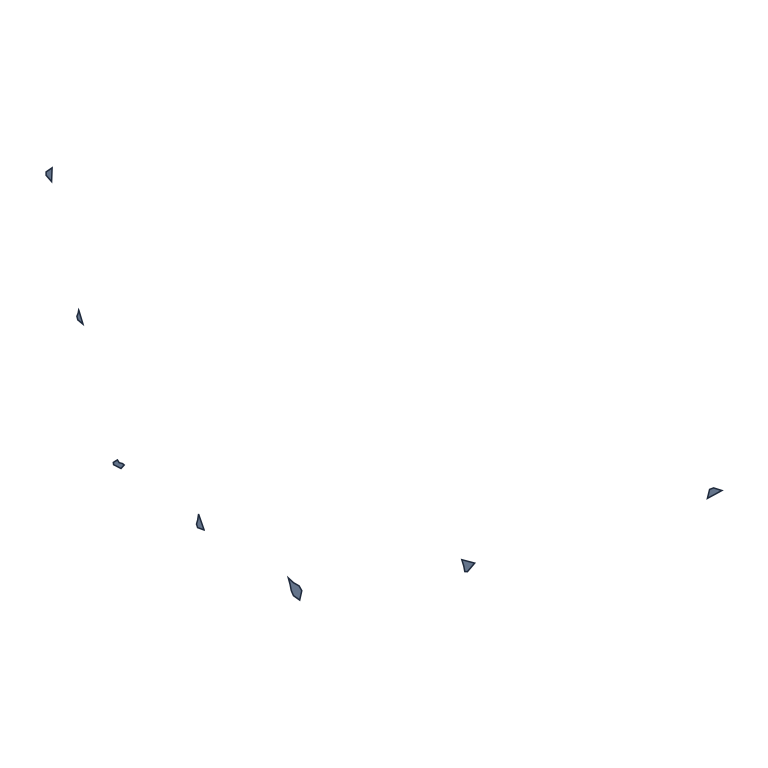 outline of Gaafu Dhaalu
{"feature_id": "MDV-5241", "entity_name": "Gaafu Dhaalu", "entity_type": "Atoll", "adm_level": 1, "iso_a3": "MDV", "parent_name": "Maldives", "parent_adm1": "", "projection": "mercator", "projection_center": [73.082, 0.355], "detail": "fine", "context": "isolated", "style": "filled", "palette": "slate", "viewbox_px": 768, "rotation_deg": 0, "n_neighbors": 0, "source": "natural_earth", "source_scale": "10m", "svg_char_len": 797}
<svg xmlns="http://www.w3.org/2000/svg" viewBox="0 0 768 768"><path d="M288.3,577.9L293.5,582.7L299.1,585.9L301.8,590.7L299.7,600.1L293.5,595.7L291.9,592.1L291.3,590.6L291.1,589.8L290.1,584.5L288.3,577.9ZM461.8,559.7L474.7,563.1L467.4,571.7L464.8,571.6L463.8,566.2L461.8,559.7ZM721.9,490.5L707.4,498.4L709.6,489.4L713.6,487.9L717.7,489.2L721.9,490.5ZM198.6,513.9L198.6,514.2L204.1,529.9L204.1,530.0L197.6,527.6L197.1,525.9L196.5,524.2L197.1,521.9L197.8,519.6L197.8,519.1L198.6,513.9ZM52.1,167.8L51.6,181.6L46.1,175.3L46.1,171.9L52.1,167.8ZM117.4,459.9L119.2,462.7L122.6,463.6L123.6,464.5L124.2,465.0L121.0,468.5L113.6,464.7L113.3,462.4L117.4,459.9ZM78.7,310.0L78.8,310.2L82.9,323.8L83.0,324.2L77.8,319.9L76.9,316.3L78.2,313.0L78.7,310.0Z" fill="#64748b" stroke="#1e293b" stroke-width="1.5"/></svg>